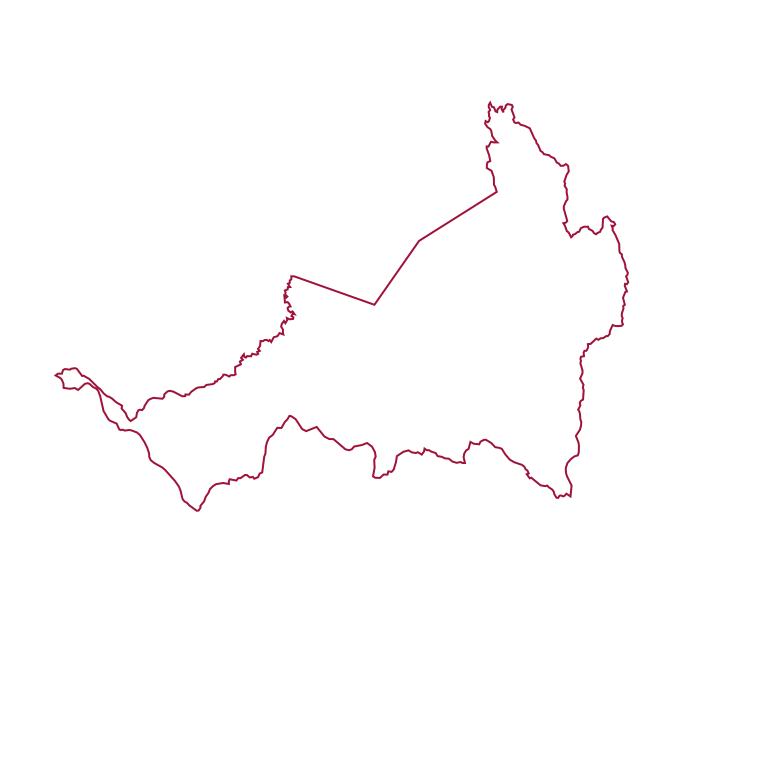 Alvorada D'Oeste, Rondônia, Brazil, rotated 330°
{"feature_id": "56859067B19178771138394", "entity_name": "Alvorada D'Oeste", "entity_type": "district", "adm_level": 2, "iso_a3": "BRA", "parent_name": "Brazil", "parent_adm1": "Rondônia", "projection": "equal_earth", "projection_center": [-62.615, -11.332], "detail": "fine", "context": "isolated", "style": "outline", "palette": "rose", "viewbox_px": 768, "rotation_deg": 330, "n_neighbors": 0, "source": "geoboundaries", "source_scale": "gbopen_adm2", "svg_char_len": 6166}
<svg xmlns="http://www.w3.org/2000/svg" viewBox="0 0 768 768"><g transform="rotate(330 384 384)"><path d="M664.0,358.6L662.1,356.8L661.1,350.5L657.8,350.0L656.2,350.6L651.4,357.9L648.8,358.9L647.3,360.3L644.4,359.9L642.6,360.4L641.3,358.4L641.2,355.7L638.9,352.1L639.4,349.8L635.8,347.8L632.3,347.5L629.2,349.7L627.4,349.2L624.4,349.7L622.3,349.2L621.0,350.3L619.4,350.5L619.7,345.2L618.8,343.0L619.8,337.8L619.8,334.4L621.9,335.2L624.2,334.5L627.4,322.0L628.6,320.0L633.2,316.6L635.0,316.1L636.5,313.6L638.1,309.0L639.6,306.9L639.6,302.5L641.1,301.1L641.3,298.9L646.8,294.1L650.3,292.3L652.5,287.1L651.5,284.5L648.7,284.7L646.1,283.4L645.7,280.6L644.4,278.7L644.4,273.8L642.0,270.4L641.4,268.4L637.4,264.9L637.2,262.5L636.1,260.4L637.0,253.8L636.5,251.9L637.3,249.1L637.0,246.3L638.1,235.4L634.7,230.5L632.0,227.9L631.2,224.8L628.9,224.1L627.7,222.6L628.1,219.5L630.3,218.4L631.7,210.0L634.1,208.4L634.2,206.2L631.0,203.4L628.8,203.7L627.2,205.5L624.2,206.4L623.2,208.5L623.3,204.6L624.8,202.8L623.3,201.9L619.4,203.1L618.0,205.1L616.9,203.7L617.6,199.4L616.1,197.9L616.6,193.4L614.2,194.8L613.2,196.6L612.9,199.8L610.5,200.8L610.0,202.8L608.9,204.4L608.8,206.5L606.4,208.8L604.7,209.2L603.5,207.1L601.7,209.1L602.1,213.4L603.5,216.3L603.4,218.6L601.7,223.3L602.1,228.8L602.9,231.4L600.0,229.8L597.8,227.7L593.1,230.6L591.7,229.6L590.7,231.3L589.4,238.5L587.5,244.1L584.7,243.7L582.9,245.3L581.0,248.4L583.7,253.1L582.5,259.8L578.9,266.4L578.8,269.4L577.7,274.0L485.9,277.6L415.3,310.6L360.1,245.9L357.6,244.4L356.0,247.1L354.2,247.2L352.8,249.4L350.9,249.1L351.2,253.1L349.2,252.0L347.9,253.9L344.9,253.5L344.5,255.6L343.1,257.2L344.0,259.9L342.5,260.3L341.7,258.0L339.0,263.9L341.5,264.9L342.0,267.3L341.8,270.1L340.3,269.5L338.5,270.0L337.8,272.5L338.9,275.3L341.1,275.4L341.4,278.8L340.1,277.5L337.8,278.9L338.9,280.9L337.8,282.2L334.5,280.7L332.9,278.3L332.1,280.3L329.0,282.0L328.9,279.4L325.5,280.9L323.6,282.9L323.7,286.4L322.3,288.6L321.6,290.8L319.0,287.7L315.6,289.3L311.9,288.4L307.3,291.3L307.0,288.7L305.4,289.1L304.4,287.1L302.5,286.2L300.6,286.4L298.6,285.0L295.7,289.1L292.4,290.6L293.0,293.2L290.2,292.8L290.1,295.0L288.2,294.9L285.0,291.9L282.7,293.5L279.4,291.4L277.7,292.1L276.6,290.8L277.5,288.2L273.3,289.9L273.9,292.5L270.4,292.5L269.9,295.4L263.6,294.9L261.2,299.0L260.3,301.5L258.2,301.2L255.5,299.7L253.7,300.2L251.6,296.9L249.6,295.6L248.3,296.6L244.4,297.7L243.0,296.9L240.4,298.3L239.1,297.3L237.7,298.6L235.5,298.4L229.7,296.0L226.8,296.7L221.6,294.2L219.4,293.8L213.1,294.4L209.8,295.7L206.8,293.8L205.8,295.1L203.2,293.8L197.7,285.2L194.9,282.7L192.6,282.2L188.4,283.2L187.3,285.2L184.8,286.0L177.4,280.7L174.0,280.1L171.6,280.2L165.6,283.3L164.3,284.7L161.5,285.7L159.9,284.3L158.3,283.9L155.6,285.5L152.8,288.9L146.1,289.4L145.3,287.2L145.1,284.0L145.7,280.0L144.5,274.1L146.3,271.8L142.8,265.7L141.3,260.8L139.5,257.5L138.1,256.3L136.5,251.9L135.7,246.7L134.4,243.7L131.3,232.3L128.0,226.6L126.6,226.1L125.6,217.4L124.5,215.9L120.9,214.4L119.3,214.6L115.1,211.5L113.1,211.4L110.2,214.0L106.8,212.0L103.9,212.4L106.8,217.2L107.1,219.4L106.6,223.4L104.6,227.2L109.6,231.1L114.2,232.9L116.1,236.2L125.1,234.3L127.8,235.2L129.1,236.7L130.3,240.7L132.5,244.3L133.1,246.7L132.2,252.4L127.6,267.2L127.7,276.7L128.3,278.7L132.7,284.7L132.0,291.1L133.2,292.4L134.9,292.9L136.3,294.8L140.3,296.4L142.1,297.9L145.7,302.3L147.1,305.9L147.5,314.5L147.1,320.7L145.8,326.8L144.2,329.9L143.9,333.4L145.5,337.5L150.2,345.3L151.5,349.1L154.5,363.4L155.1,370.5L154.5,374.5L152.0,383.0L152.5,385.9L154.1,388.8L154.7,391.8L158.4,400.1L160.1,400.9L163.2,399.4L164.1,397.7L169.5,395.7L173.3,392.5L177.4,390.6L180.8,388.0L185.0,386.9L188.6,386.8L195.2,389.3L199.7,393.0L201.0,390.7L202.7,389.3L207.9,393.8L210.7,392.6L212.6,393.8L218.1,393.3L219.7,394.2L221.1,397.9L224.0,398.9L224.3,401.2L228.4,401.7L231.5,399.4L234.3,399.7L243.9,387.1L246.5,385.0L250.2,379.4L253.4,376.0L257.7,373.0L262.1,372.5L269.6,368.6L273.2,370.8L279.1,367.3L282.7,366.3L286.2,364.3L287.6,365.6L289.9,370.3L290.6,382.1L293.0,385.9L304.2,387.5L306.2,399.8L309.0,404.2L312.7,406.5L317.9,421.2L320.6,423.9L323.5,424.4L326.9,423.2L334.3,425.8L339.8,426.6L342.3,432.2L342.1,438.5L340.5,442.7L337.6,444.8L334.0,451.8L328.3,458.5L329.5,460.8L333.5,463.3L338.4,462.2L341.7,464.2L344.1,461.8L346.6,463.9L349.7,462.9L355.5,457.4L359.1,452.9L366.8,452.4L372.0,453.7L374.0,457.2L377.1,459.7L379.2,460.0L381.4,464.0L385.0,462.4L386.8,460.2L388.0,462.8L389.8,463.7L391.2,466.3L394.2,469.6L394.4,473.3L397.6,475.9L399.6,478.9L402.8,481.1L404.5,485.4L407.4,488.5L411.3,489.9L412.5,491.7L414.6,492.9L416.4,487.1L418.8,484.3L421.9,482.6L424.8,482.5L429.9,477.4L431.9,480.7L436.3,483.8L438.7,482.2L442.4,482.3L444.3,483.2L447.4,488.7L448.7,494.3L452.0,497.0L453.6,499.1L453.9,506.0L455.1,512.3L457.6,516.8L463.2,523.2L464.2,525.9L464.0,528.7L464.9,530.6L464.6,533.8L462.5,533.5L463.1,538.6L464.7,538.8L468.9,550.0L472.7,553.2L474.5,553.5L475.2,556.1L476.9,559.5L477.2,562.1L476.4,564.7L476.5,568.7L477.9,569.7L480.1,568.5L481.6,569.0L482.9,570.9L484.4,571.1L487.1,570.2L489.3,574.6L495.7,565.7L496.3,556.1L496.8,553.1L498.2,549.7L499.8,547.3L503.3,544.2L508.6,542.4L512.5,541.9L516.2,542.7L518.5,540.6L522.2,534.5L523.2,531.7L524.2,524.9L530.9,521.5L533.7,518.7L535.8,515.7L536.4,512.8L538.7,508.0L539.5,505.2L539.3,503.3L543.3,500.8L544.1,498.2L546.1,497.0L548.6,497.0L553.9,489.1L554.4,486.5L556.4,484.4L556.5,477.4L561.3,473.9L562.7,471.5L564.5,464.1L566.1,462.5L566.7,460.4L568.2,458.9L571.1,459.9L572.6,456.6L574.3,455.5L575.8,456.4L577.3,455.7L579.4,453.9L580.5,451.4L583.0,452.6L590.5,450.8L591.9,453.0L594.4,452.7L596.8,453.9L600.4,453.6L601.7,454.4L604.5,453.5L606.1,451.1L611.5,447.3L613.6,449.7L616.5,451.3L618.8,452.4L620.8,451.8L621.0,449.7L622.1,447.7L623.5,446.5L624.0,443.7L625.6,441.5L629.1,438.4L630.2,436.0L632.2,435.8L634.1,428.8L639.2,424.9L640.7,425.4L641.6,419.3L642.8,417.8L644.2,419.0L646.4,418.0L647.5,411.8L649.2,411.3L650.8,409.6L651.1,404.2L652.3,401.9L653.2,398.6L653.6,393.3L654.8,390.5L653.9,388.5L654.3,386.6L657.7,380.4L658.9,371.0L658.9,364.9L659.9,363.6L660.3,360.8L661.7,362.1L664.1,361.3L664.0,358.6Z" fill="none" stroke="#9f1239" stroke-width="2"/></g></svg>